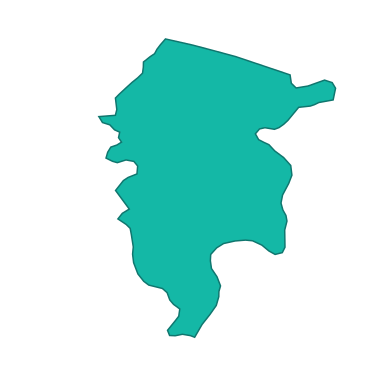 outline of Rancho Alegre, Paraná, Brazil, rotated 196°
{"feature_id": "56859067B42499431243626", "entity_name": "Rancho Alegre", "entity_type": "district", "adm_level": 2, "iso_a3": "BRA", "parent_name": "Brazil", "parent_adm1": "Paraná", "projection": "robinson", "projection_center": [-50.921, -23.064], "detail": "fine", "context": "isolated", "style": "filled", "palette": "teal", "viewbox_px": 384, "rotation_deg": 196, "n_neighbors": 0, "source": "geoboundaries", "source_scale": "gbopen_adm2", "svg_char_len": 1542}
<svg xmlns="http://www.w3.org/2000/svg" viewBox="0 0 384 384"><g transform="rotate(196 192 192)"><path d="M130.0,331.6L187.5,334.2L212.5,333.8L231.8,333.4L259.7,331.8L262.9,325.0L265.0,319.6L266.1,314.6L269.5,310.6L274.5,303.6L273.2,298.6L272.3,292.6L275.7,286.7L279.8,280.9L284.0,274.1L289.0,265.8L291.5,261.2L287.0,250.5L286.8,244.6L302.3,238.8L297.2,234.1L289.5,233.9L283.6,230.4L278.0,229.6L277.6,224.0L273.5,220.5L277.1,216.5L282.4,212.8L284.0,207.0L284.0,200.9L276.9,199.6L271.9,199.6L264.3,204.6L256.3,205.4L251.4,202.0L249.9,194.2L257.4,188.4L261.1,184.1L265.9,172.4L247.6,158.3L253.1,152.3L255.8,145.7L246.4,142.7L241.4,140.0L238.4,134.0L233.3,123.0L232.0,115.9L228.6,107.9L221.4,98.3L213.7,92.8L207.9,90.6L193.9,91.1L188.2,88.4L183.6,82.1L178.8,78.9L171.5,76.2L170.5,68.9L172.6,63.6L177.4,52.3L174.0,47.9L168.5,49.2L162.0,52.6L154.0,53.5L149.4,53.1L145.8,67.5L141.0,79.2L137.4,89.6L137.4,98.8L138.7,103.7L138.7,109.6L144.6,117.4L152.2,123.8L155.4,131.0L156.8,137.1L152.9,145.1L147.4,151.2L137.1,156.8L127.3,160.5L120.4,161.8L110.2,160.2L101.8,156.5L94.9,154.9L88.5,158.6L87.4,164.5L92.4,181.0L92.7,190.2L95.2,195.3L99.7,199.8L103.4,205.9L104.1,214.1L101.4,226.9L100.6,235.7L104.4,244.7L113.3,250.3L123.8,254.3L131.1,258.7L136.4,259.5L142.4,260.7L147.1,265.4L144.5,271.2L139.6,273.9L130.0,275.0L126.1,277.9L122.5,282.4L119.6,287.2L112.8,302.8L102.0,307.2L98.4,309.7L94.7,313.0L81.7,319.4L82.6,331.3L87.4,335.8L95.4,336.1L109.8,325.8L120.6,320.7L126.5,323.9L130.0,331.6Z" fill="#14b8a6" stroke="#0f766e" stroke-width="1.5"/></g></svg>